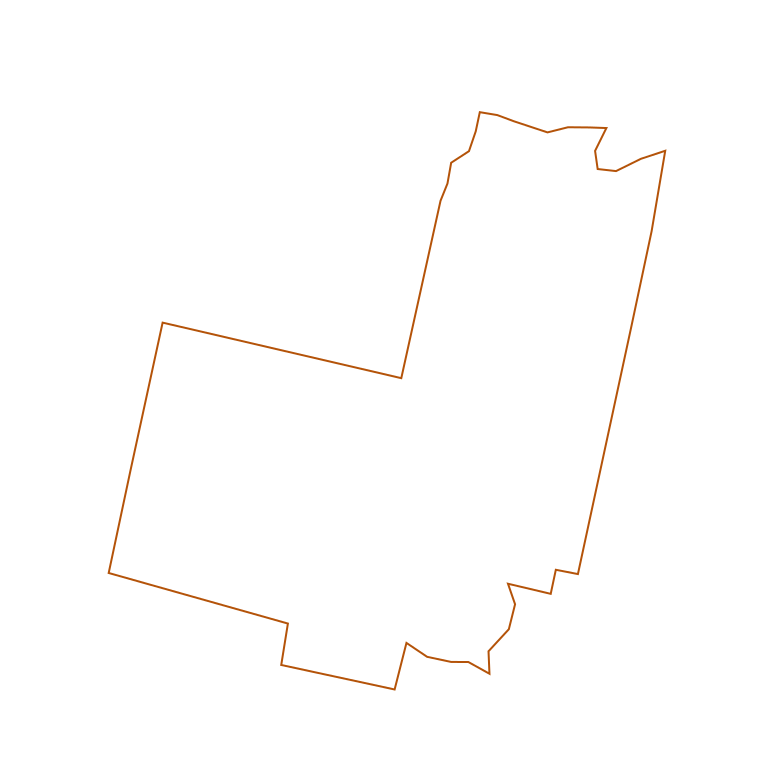 Westfália, Rio Grande do Sul, Brazil, rotated 192°
{"feature_id": "56859067B19454431419247", "entity_name": "Westfália", "entity_type": "district", "adm_level": 2, "iso_a3": "BRA", "parent_name": "Brazil", "parent_adm1": "Rio Grande do Sul", "projection": "orthographic", "projection_center": [-51.754, -29.413], "detail": "fine", "context": "isolated", "style": "outline", "palette": "amber", "viewbox_px": 768, "rotation_deg": 192, "n_neighbors": 0, "source": "geoboundaries", "source_scale": "gbopen_adm2", "svg_char_len": 643}
<svg xmlns="http://www.w3.org/2000/svg" viewBox="0 0 768 768"><g transform="rotate(192 384 384)"><path d="M426.1,87.8L310.1,87.4L308.2,135.4L285.1,126.1L260.5,126.1L243.7,129.6L220.6,122.5L226.2,144.3L210.9,170.1L210.0,195.8L221.2,214.4L177.3,213.4L177.3,238.0L154.8,238.4L154.0,492.4L154.0,568.6L154.0,589.0L157.4,670.6L179.5,657.7L201.3,640.5L219.7,638.7L226.0,655.9L219.7,680.6L236.2,677.7L257.4,673.4L276.4,664.1L311.6,668.0L329.1,670.6L346.8,669.8L346.8,650.2L349.3,629.4L364.3,614.4L363.6,593.3L366.8,575.0L368.3,393.3L613.3,398.0L614.0,247.4L614.0,141.9L428.2,129.7L426.1,87.8Z" fill="none" stroke="#b45309" stroke-width="2"/></g></svg>